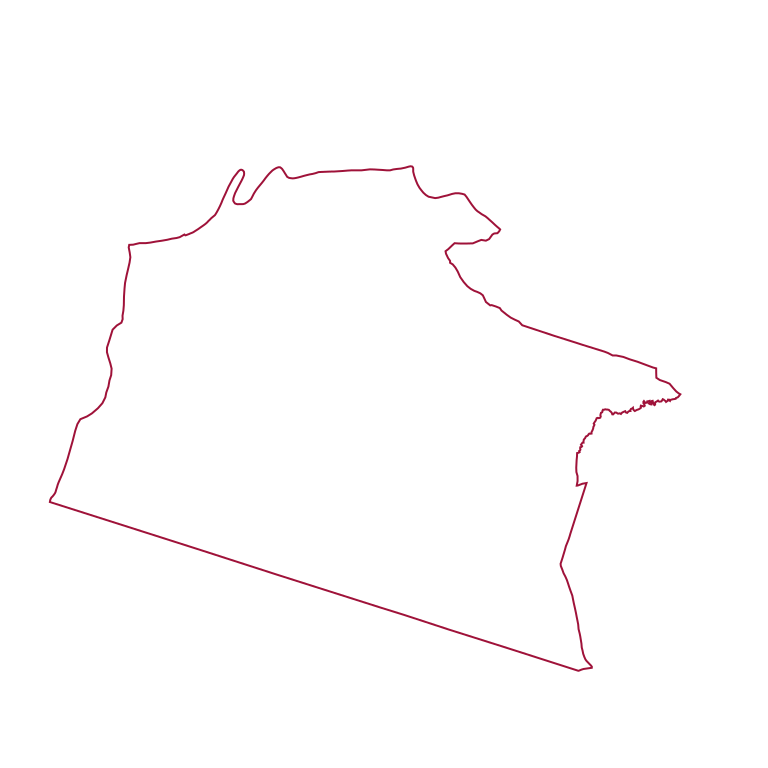 the district of Varin, Siemréab, Cambodia, rotated 198°
{"feature_id": "14789045B34127084332177", "entity_name": "Varin", "entity_type": "district", "adm_level": 2, "iso_a3": "KHM", "parent_name": "Cambodia", "parent_adm1": "Siemréab", "projection": "robinson", "projection_center": [103.87, 13.824], "detail": "fine", "context": "isolated", "style": "outline", "palette": "rose", "viewbox_px": 768, "rotation_deg": 198, "n_neighbors": 0, "source": "geoboundaries", "source_scale": "gbopen_adm2", "svg_char_len": 6162}
<svg xmlns="http://www.w3.org/2000/svg" viewBox="0 0 768 768"><g transform="rotate(198 384 384)"><path d="M321.3,566.9L322.5,567.5L325.0,568.5L327.5,569.6L330.9,571.2L332.7,572.0L335.0,573.0L336.5,573.7L339.3,574.8L341.2,575.2L343.6,575.7L346.4,576.6L348.5,577.2L350.7,578.2L352.9,579.6L355.8,581.6L358.3,583.5L363.4,587.5L365.9,589.1L368.6,589.0L371.9,588.5L375.0,587.5L378.0,585.8L381.8,583.1L384.8,581.3L387.8,579.4L389.9,578.0L392.8,576.6L395.7,576.3L399.5,575.9L402.6,576.7L405.7,578.1L408.2,579.7L410.8,581.5L413.8,584.2L416.3,587.1L417.7,588.9L419.8,591.7L421.8,594.9L422.8,597.9L423.2,598.7L424.3,599.5L426.0,599.3L427.6,598.4L430.5,596.4L434.5,594.1L438.0,592.6L441.5,590.9L444.4,589.0L447.3,588.1L451.9,587.0L455.3,586.1L459.6,585.0L463.7,583.8L468.7,581.5L471.8,580.1L476.3,578.7L480.6,577.3L484.4,575.8L488.9,573.9L492.7,572.4L497.0,570.7L501.1,569.3L510.2,565.9L511.7,565.3L514.2,563.4L516.9,561.7L519.4,560.4L522.3,558.6L524.2,557.4L526.7,555.7L529.3,554.0L531.3,552.8L533.0,551.9L534.5,551.3L536.5,550.9L538.1,550.7L540.1,551.1L541.5,552.3L543.1,553.6L545.2,555.4L547.4,557.1L548.8,557.7L549.9,558.0L551.4,557.5L553.1,556.2L554.8,554.3L556.1,552.6L557.2,550.5L558.4,548.1L559.5,545.4L560.4,543.0L561.2,540.5L562.3,537.5L563.5,534.5L564.6,531.7L565.6,528.8L566.6,524.9L567.1,521.7L567.6,518.8L568.4,517.5L570.1,514.9L571.9,512.7L573.3,511.7L574.8,511.1L577.1,510.4L578.9,509.7L580.2,509.6L581.6,509.7L583.2,510.9L584.0,511.7L584.6,514.0L584.7,516.3L584.6,519.6L583.5,526.7L582.9,530.1L582.3,533.5L582.0,535.7L581.8,537.7L581.7,539.5L582.1,541.1L582.8,542.6L583.5,543.1L584.7,543.7L585.8,543.7L586.6,543.4L587.3,542.7L588.2,541.2L589.1,538.6L590.6,534.6L591.2,532.4L591.7,529.6L592.8,523.7L593.2,519.8L593.6,516.0L594.1,512.0L594.4,509.3L594.6,506.0L595.0,502.4L595.5,499.1L596.1,495.9L596.6,493.7L597.0,492.3L598.6,489.8L599.6,488.2L600.5,486.3L601.4,484.7L602.1,483.1L603.2,481.2L604.4,479.5L607.2,475.8L608.6,473.9L611.0,471.0L612.2,469.5L613.4,468.4L614.9,467.2L615.5,466.6L617.0,465.4L618.2,464.4L618.9,464.0L620.0,464.5L623.7,460.5L626.5,458.7L630.6,456.7L634.7,454.2L639.6,451.6L644.9,449.0L649.9,446.3L654.2,444.3L660.1,442.4L662.9,440.7L665.6,439.0L669.3,437.6L669.0,435.0L666.5,430.5L664.4,426.2L663.5,420.8L662.9,414.2L662.4,408.0L661.5,400.1L660.3,394.7L658.3,386.8L655.8,378.6L654.5,373.1L653.8,368.2L652.6,364.9L652.7,361.2L656.2,357.1L658.9,351.8L658.7,340.7L658.7,333.0L657.3,328.6L654.3,324.1L650.6,318.9L647.8,314.4L646.2,308.1L646.2,302.6L645.3,296.4L645.5,290.2L644.9,285.2L645.9,278.7L648.6,272.5L652.7,265.8L656.4,261.4L661.9,256.7L663.2,251.1L663.2,244.1L662.5,233.5L662.2,225.2L661.8,214.7L661.9,204.1L662.2,198.8L663.0,190.7L663.1,189.5L663.2,187.2L663.1,185.1L663.1,182.0L663.0,179.9L663.2,178.3L663.8,176.4L664.5,174.6L665.3,173.1L665.6,171.1L665.5,169.8L665.3,168.5L567.1,169.1L511.5,169.4L426.5,169.6L318.1,170.3L293.7,170.6L246.1,170.5L183.2,171.0L110.6,171.3L109.9,171.7L109.1,172.4L107.9,173.4L106.2,174.6L98.7,178.3L99.0,179.4L100.3,180.3L101.7,181.0L104.1,182.3L105.8,183.2L107.3,184.3L109.1,186.3L111.2,189.0L112.9,192.0L114.5,194.5L116.0,198.1L119.3,204.5L120.7,207.0L123.2,211.0L125.0,215.3L126.6,218.2L128.8,222.1L130.6,225.4L133.2,229.9L135.7,234.1L137.9,238.0L139.5,240.9L142.8,245.1L145.3,248.4L147.4,251.3L149.5,254.1L152.1,257.0L154.7,259.5L157.1,262.6L159.6,265.6L160.5,267.6L160.5,270.5L160.5,273.8L160.7,282.5L160.9,286.0L160.6,290.1L160.4,293.5L160.4,296.4L160.5,299.2L160.8,352.4L164.4,350.5L168.4,347.3L169.3,346.9L169.9,351.5L171.5,356.3L173.8,359.7L175.3,363.8L177.3,371.2L178.1,374.9L179.0,378.0L177.6,378.8L176.9,379.7L177.7,380.5L177.1,381.4L176.9,382.2L177.6,383.5L177.8,384.5L176.7,385.2L176.4,386.1L177.9,387.1L177.5,388.4L177.1,389.5L176.1,389.9L176.5,390.8L176.6,391.8L176.8,392.9L176.0,394.6L175.9,395.8L175.5,396.8L174.9,397.2L174.1,398.3L173.9,399.4L173.4,400.3L172.3,400.5L171.3,401.0L171.7,402.0L171.7,403.0L171.4,404.1L171.4,404.9L171.3,406.2L171.5,407.4L171.6,408.3L171.3,409.3L171.3,410.3L172.3,411.1L171.8,413.2L171.4,414.4L171.2,416.2L171.2,417.1L170.7,417.6L170.0,417.9L169.1,417.9L167.9,418.8L167.9,420.3L168.5,421.0L168.7,422.3L168.7,423.7L167.8,424.5L167.7,425.3L168.0,426.1L167.8,427.2L166.9,427.4L165.8,428.3L164.7,428.4L163.9,428.7L162.2,428.9L160.8,428.1L159.8,427.8L158.4,426.9L157.5,425.7L156.7,425.9L156.0,427.4L155.7,428.2L154.2,428.6L152.5,428.1L151.8,428.3L150.6,429.0L149.4,428.7L149.1,429.5L148.7,430.4L147.9,431.2L147.0,432.0L146.2,432.7L145.1,431.7L143.8,431.7L143.1,433.2L142.3,434.1L141.3,434.5L141.7,435.2L141.4,436.6L140.4,437.4L139.9,438.3L139.4,437.3L138.4,436.3L137.1,435.8L136.2,436.8L135.4,437.6L134.4,438.3L133.8,438.8L133.1,439.6L132.3,440.8L132.9,441.7L133.0,442.8L131.5,442.9L130.0,442.9L129.3,443.9L130.2,445.1L131.2,445.7L131.8,447.2L131.5,448.1L129.5,446.8L128.1,447.6L128.3,448.8L127.1,449.4L126.4,449.9L126.0,448.1L126.0,447.3L124.6,447.0L123.4,447.2L123.8,448.7L124.5,449.2L124.4,450.3L123.3,451.0L122.0,448.8L121.0,447.8L120.2,447.5L119.8,448.2L120.0,449.0L120.5,449.7L120.3,450.6L119.6,451.2L118.8,452.2L118.3,452.9L117.6,452.4L116.7,452.3L115.6,452.8L114.8,453.2L114.5,454.2L114.2,455.7L113.3,455.6L112.1,455.1L111.0,454.8L110.2,454.1L109.7,454.8L108.7,456.1L109.0,456.9L108.1,457.2L107.5,456.5L106.8,456.3L106.8,457.3L105.3,458.3L104.5,458.8L103.4,459.3L102.0,460.1L102.0,460.9L100.5,462.1L99.8,463.6L99.0,465.8L100.6,466.1L103.7,467.2L107.4,469.3L112.5,472.5L116.5,472.9L122.9,473.0L126.9,474.1L128.6,478.8L130.0,483.0L133.2,482.8L140.6,483.1L149.7,483.5L158.0,483.4L164.7,483.7L172.0,482.9L175.4,481.8L180.6,482.7L184.5,482.9L207.3,482.6L214.3,482.6L236.9,482.4L270.7,482.6L275.1,485.1L279.5,485.6L284.0,486.3L288.7,487.8L295.0,490.2L297.3,492.0L301.6,492.3L306.0,492.3L307.3,491.6L312.4,493.5L314.4,495.7L317.4,498.9L320.4,500.0L323.8,500.4L326.9,500.5L331.0,501.3L335.0,502.8L339.7,505.6L344.5,509.2L348.6,513.7L352.1,516.8L355.6,519.0L358.6,519.7L359.2,521.5L362.0,523.6L365.3,527.1L366.5,529.3L364.5,532.2L362.0,536.9L360.4,539.7L356.1,540.8L349.2,543.0L343.0,545.2L338.7,548.9L336.0,551.1L331.4,551.8L328.8,554.3L327.1,559.6L325.7,561.2L322.7,562.5L321.6,564.9L321.3,566.9Z" fill="none" stroke="#9f1239" stroke-width="2"/></g></svg>